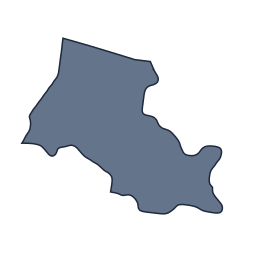 the district of El Llano, La Estrelleta, Dominican Republic, rotated 97°
{"feature_id": "3306468B67891946517614", "entity_name": "El Llano", "entity_type": "district", "adm_level": 2, "iso_a3": "DOM", "parent_name": "Dominican Republic", "parent_adm1": "La Estrelleta", "projection": "robinson", "projection_center": [-71.647, 18.809], "detail": "fine", "context": "isolated", "style": "filled", "palette": "slate", "viewbox_px": 256, "rotation_deg": 97, "n_neighbors": 0, "source": "geoboundaries", "source_scale": "gbopen_adm2", "svg_char_len": 2712}
<svg xmlns="http://www.w3.org/2000/svg" viewBox="0 0 256 256"><g transform="rotate(97 128 128)"><path d="M59.3,114.0L59.3,129.6L56.8,143.5L50.8,178.1L49.9,183.9L46.8,203.5L63.2,203.4L63.2,203.5L79.2,203.6L82.2,203.7L85.0,204.3L86.7,204.9L90.4,207.1L93.7,208.6L98.0,211.4L101.3,212.9L105.7,215.6L109.0,217.2L113.4,219.9L116.6,221.5L121.0,224.2L127.0,227.0L128.4,227.2L129.2,227.2L132.7,225.8L135.2,225.2L138.0,225.1L140.7,225.2L143.4,225.9L148.0,228.3L153.0,230.1L156.0,231.5L155.4,226.1L155.1,220.9L155.3,216.8L155.8,213.8L156.5,212.0L157.6,210.3L159.5,208.1L163.3,204.0L164.4,202.6L165.0,201.1L165.1,200.2L165.0,199.3L164.6,198.6L164.2,197.9L163.1,196.9L161.7,196.2L157.9,195.3L157.2,194.9L156.6,194.4L156.1,193.8L155.4,192.3L154.1,188.0L152.8,184.8L152.2,183.1L152.0,182.2L152.1,180.3L152.7,178.4L153.1,177.6L154.2,176.0L159.4,170.2L160.6,168.7L161.7,167.1L162.6,165.3L164.0,161.9L166.1,157.9L167.1,155.3L168.0,153.5L169.1,151.8L172.6,147.0L173.5,145.3L175.0,141.9L175.5,141.1L176.6,139.8L177.9,138.7L178.6,138.2L179.5,137.9L181.3,137.4L185.0,137.2L193.6,137.5L194.0,131.4L194.4,129.5L195.4,126.4L195.5,124.9L195.3,123.5L194.6,121.3L194.3,119.6L194.3,117.8L194.9,115.9L195.9,114.2L197.1,112.7L198.5,111.3L200.0,110.1L201.6,109.2L202.4,108.9L206.3,107.9L207.6,106.9L208.2,106.2L208.5,105.4L208.8,104.4L209.1,102.5L209.2,98.2L209.1,85.8L208.9,82.5L208.5,80.4L208.1,79.3L207.2,77.5L205.3,75.2L202.6,72.5L199.9,70.5L198.7,69.4L197.9,67.8L197.3,64.9L197.2,61.8L197.2,58.5L197.4,55.3L197.8,52.1L198.6,49.2L200.4,45.1L201.0,42.9L201.3,40.7L201.6,36.1L201.7,31.6L201.6,29.5L201.2,27.6L200.8,26.6L200.2,25.8L199.5,25.2L198.8,24.8L197.1,24.5L195.4,24.6L194.6,24.8L192.9,25.6L191.4,26.9L185.7,32.9L183.4,34.9L181.7,35.9L180.8,36.2L179.1,36.6L176.6,36.9L174.3,39.3L173.7,39.9L172.0,40.6L170.2,41.0L168.2,41.2L164.3,41.2L161.3,40.8L159.4,40.2L157.9,39.4L154.9,37.5L151.7,35.9L148.1,33.6L146.4,32.9L145.4,32.6L142.5,32.2L140.6,32.2L138.8,32.6L138.0,33.1L137.2,33.7L136.6,34.5L136.0,36.3L135.6,39.3L135.7,42.5L135.8,44.6L136.5,47.7L137.3,49.5L139.0,51.6L140.4,52.6L144.1,54.7L145.3,55.9L146.4,57.3L147.2,59.1L147.5,60.2L147.8,62.3L147.8,65.5L147.4,67.5L146.5,69.1L145.3,70.3L140.4,73.3L136.4,75.1L134.0,76.8L131.0,79.7L127.6,83.7L126.4,85.4L125.5,87.2L125.0,89.1L124.0,93.7L123.6,94.6L122.7,96.1L121.0,98.0L116.7,100.6L115.5,101.8L114.5,103.3L114.1,104.1L113.6,105.9L113.0,111.4L112.7,113.1L112.3,113.9L111.9,114.6L111.2,115.2L110.4,115.6L108.7,116.1L105.8,116.2L92.5,116.1L89.5,115.8L87.6,115.3L85.9,114.4L85.2,113.8L84.1,112.6L83.2,111.1L81.8,107.8L80.4,105.7L79.1,104.6L78.3,104.2L76.6,103.9L74.9,104.1L73.3,104.8L69.8,107.4L67.0,109.7L67.0,109.4L59.3,114.0Z" fill="#64748b" stroke="#1e293b" stroke-width="1.5"/></g></svg>